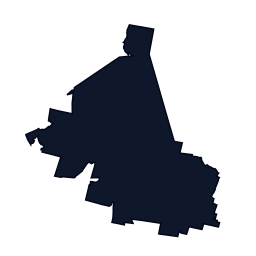 outline of El Llano, Aguascalientes, Mexico, rotated 276°
{"feature_id": "50627088B57230775493206", "entity_name": "El Llano", "entity_type": "district", "adm_level": 2, "iso_a3": "MEX", "parent_name": "Mexico", "parent_adm1": "Aguascalientes", "projection": "natural_earth1", "projection_center": [-102.052, 21.929], "detail": "fine", "context": "isolated", "style": "filled", "palette": "ink", "viewbox_px": 256, "rotation_deg": 276, "n_neighbors": 0, "source": "geoboundaries", "source_scale": "gbopen_adm2", "svg_char_len": 4325}
<svg xmlns="http://www.w3.org/2000/svg" viewBox="0 0 256 256"><g transform="rotate(276 128 128)"><path d="M92.6,222.9L93.0,221.8L94.3,221.0L95.7,219.9L96.5,218.9L96.7,216.7L97.1,215.9L97.1,215.6L97.3,215.3L97.2,215.3L97.4,215.1L98.0,213.5L98.5,211.7L98.8,211.7L99.0,210.7L99.5,210.7L99.0,209.3L98.9,209.3L98.5,209.0L98.3,208.8L98.2,208.5L103.8,204.4L104.5,204.2L105.0,204.4L105.7,204.1L106.3,203.7L106.1,201.3L106.5,200.0L106.6,199.4L106.7,194.5L108.2,194.7L108.4,184.0L108.3,182.1L118.9,183.5L119.4,175.4L119.5,175.4L132.1,170.2L133.5,169.6L157.4,159.9L159.6,159.0L185.6,148.5L203.6,141.2L229.0,143.2L230.7,118.6L224.7,116.8L223.7,117.3L222.6,116.9L221.4,117.2L221.0,117.3L219.3,117.5L218.6,117.3L217.8,117.6L217.7,117.3L217.1,116.9L216.3,116.2L213.6,115.4L213.1,114.8L212.6,114.4L212.1,115.7L212.0,115.8L211.8,115.8L211.2,116.1L210.8,115.8L208.4,115.2L208.1,115.2L206.8,115.5L204.8,116.8L204.7,116.8L204.3,117.0L203.9,117.0L201.6,120.1L201.4,120.3L201.0,120.4L200.8,120.6L202.7,121.2L200.2,125.1L197.5,112.0L193.0,106.6L180.6,91.9L177.6,88.3L165.7,74.2L162.7,70.5L159.6,70.3L159.8,68.6L158.1,67.0L154.6,63.8L157.1,69.9L146.9,69.9L142.8,70.4L139.3,70.8L136.3,71.1L137.6,58.2L138.7,49.9L139.0,48.7L128.7,48.2L126.8,48.2L126.6,49.1L124.5,52.7L122.2,50.8L120.7,49.6L121.1,48.8L119.3,47.1L117.7,45.1L117.6,42.6L116.9,40.5L117.1,40.3L117.2,40.2L117.4,40.1L117.5,40.0L117.6,39.8L117.9,39.4L118.1,39.0L117.9,38.8L117.3,38.4L115.1,34.8L112.5,30.1L112.0,29.2L110.8,27.1L110.4,27.2L106.1,29.4L101.3,33.0L101.5,33.0L101.8,33.0L102.1,33.1L102.3,33.3L102.5,33.7L102.6,33.9L102.7,34.2L102.8,34.4L102.9,34.8L103.2,35.2L103.4,35.3L103.5,35.3L103.8,35.5L104.0,35.6L104.3,35.6L104.4,35.8L104.5,35.8L104.8,35.9L105.1,35.8L105.2,36.0L105.3,36.2L105.5,36.2L105.7,35.9L105.7,35.7L105.7,35.2L105.8,35.0L105.8,34.9L106.0,34.8L106.3,34.8L106.5,34.8L106.8,34.9L107.0,35.0L107.2,35.3L107.3,35.4L107.4,35.5L107.6,35.8L107.8,36.1L108.0,36.3L108.1,36.5L108.3,36.7L108.4,36.8L108.5,36.8L108.7,37.0L109.0,37.1L109.2,37.3L109.3,37.4L109.4,37.5L109.5,37.6L109.6,37.8L109.8,37.9L110.1,38.2L110.3,38.4L110.3,38.5L110.5,38.9L110.7,39.2L110.9,39.5L110.6,39.4L109.6,39.3L109.0,39.5L108.4,39.6L107.9,39.8L107.3,40.2L106.1,40.5L105.8,40.7L105.5,40.9L104.9,41.2L104.4,41.4L104.1,41.6L103.9,41.8L103.7,42.1L103.6,42.3L103.4,42.6L103.3,42.9L103.1,43.4L102.8,43.2L102.7,43.1L102.5,43.3L102.5,43.5L102.6,43.8L102.5,44.0L102.4,44.2L102.5,44.3L102.4,44.4L102.4,44.5L102.2,44.8L102.1,45.0L101.8,45.2L101.7,45.3L101.7,45.7L101.6,45.8L101.5,46.0L101.4,46.2L101.3,46.3L101.2,46.3L101.1,46.2L100.9,46.3L100.8,46.6L100.7,46.7L100.4,46.5L100.2,46.5L100.1,46.4L99.9,46.2L99.7,46.2L99.4,46.0L99.3,45.8L99.2,45.7L99.1,45.4L99.0,45.2L98.9,45.1L98.8,44.8L98.8,44.7L98.7,44.4L98.6,44.2L98.4,43.9L97.5,43.8L97.6,44.0L97.5,44.3L97.5,44.5L97.4,44.8L97.2,44.9L97.2,45.0L96.7,45.1L95.2,45.0L94.6,48.9L94.3,51.3L92.3,64.3L78.0,61.3L72.5,60.1L72.0,66.8L72.7,67.6L72.9,79.3L72.9,79.6L73.1,79.9L73.4,80.3L73.5,80.5L73.8,80.6L74.2,80.4L75.7,82.2L75.9,82.4L80.4,86.9L80.5,86.8L87.8,90.7L90.1,92.6L88.7,95.5L90.3,97.6L89.6,99.1L86.0,98.7L77.5,97.2L74.6,96.6L75.7,104.7L72.8,104.8L70.6,102.0L70.7,99.8L70.8,99.7L70.7,99.3L70.9,96.4L67.8,96.4L67.7,95.9L67.7,95.6L67.4,95.5L66.9,95.9L66.7,95.9L66.3,95.2L66.2,95.3L52.0,93.4L49.6,108.0L49.2,110.0L49.0,112.0L48.8,113.7L48.7,114.5L48.6,115.2L48.3,117.6L50.1,119.6L52.5,120.0L52.3,121.8L47.7,121.6L43.3,122.1L38.5,122.4L38.5,122.5L34.0,122.1L32.5,121.9L31.3,134.5L33.8,134.4L33.7,143.0L37.6,140.8L37.8,140.8L37.5,153.1L36.7,170.6L25.9,169.6L25.3,188.8L30.4,189.4L29.1,191.9L29.0,193.2L28.5,197.3L32.5,198.2L32.9,198.2L33.5,198.3L34.8,198.6L36.3,198.9L36.0,201.0L35.8,203.1L35.7,203.2L35.7,203.9L35.5,205.4L34.8,212.1L40.7,213.3L40.5,215.1L40.0,219.8L39.8,221.7L39.3,225.5L39.0,228.2L40.5,228.5L42.0,228.7L42.3,228.7L43.5,228.9L43.8,226.2L45.4,226.4L45.6,223.5L46.7,222.4L46.6,224.2L49.1,224.6L51.5,225.1L51.7,223.9L51.7,223.7L51.9,222.6L54.8,223.0L56.3,223.3L59.2,224.1L60.7,224.4L62.1,220.1L64.9,220.6L65.7,220.6L66.1,220.6L66.6,220.8L67.4,219.3L68.2,218.1L68.9,218.3L70.8,218.9L71.6,219.1L72.5,219.7L72.5,219.9L75.9,221.1L76.0,220.6L78.1,221.3L83.1,222.7L83.9,222.9L84.0,223.0L86.3,223.3L86.7,223.4L88.2,224.0L89.0,221.6L89.5,221.9L90.0,221.0L91.1,221.9L91.2,222.0L91.7,222.3L92.6,222.9Z" fill="#0f172a" stroke="#020617" stroke-width="1.5"/></g></svg>